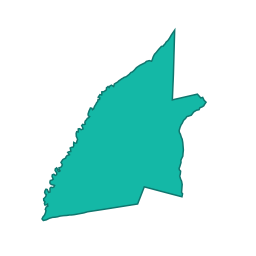 the district of Igarapé-Açu, Pará, Brazil, rotated 188°
{"feature_id": "56859067B39490395816756", "entity_name": "Igarapé-Açu", "entity_type": "district", "adm_level": 2, "iso_a3": "BRA", "parent_name": "Brazil", "parent_adm1": "Pará", "projection": "natural_earth1", "projection_center": [-47.522, -1.175], "detail": "fine", "context": "isolated", "style": "filled", "palette": "teal", "viewbox_px": 256, "rotation_deg": 188, "n_neighbors": 0, "source": "geoboundaries", "source_scale": "gbopen_adm2", "svg_char_len": 2823}
<svg xmlns="http://www.w3.org/2000/svg" viewBox="0 0 256 256"><g transform="rotate(188 128 128)"><path d="M200.5,26.0L199.0,24.6L196.1,25.7L193.4,27.6L190.3,29.0L187.9,29.5L185.3,30.3L183.4,31.2L181.3,31.8L179.4,32.3L176.4,32.9L173.8,33.7L171.9,34.0L168.9,34.8L159.9,37.8L156.4,39.4L142.0,43.7L129.5,47.5L107.9,54.1L103.7,72.0L82.1,69.4L65.0,67.4L64.8,70.5L66.0,71.6L66.5,79.7L67.6,82.9L68.7,84.5L70.1,87.6L69.8,89.7L69.9,92.6L71.3,93.7L71.8,95.2L71.4,96.6L70.7,101.1L71.1,103.6L70.4,106.0L69.8,107.7L70.0,110.8L70.1,113.9L71.7,121.1L72.8,124.5L73.9,126.2L75.3,129.2L76.4,130.6L77.0,132.5L76.6,135.7L75.9,138.4L74.9,140.5L74.3,142.6L73.6,144.0L72.4,145.3L71.4,147.4L67.1,149.5L65.2,153.0L62.7,155.1L60.2,156.0L59.6,158.1L57.6,159.2L56.1,160.5L55.5,162.0L54.3,164.4L56.5,166.0L58.3,168.7L60.1,167.9L64.0,171.2L84.7,163.3L88.0,162.0L89.0,172.2L90.2,184.5L90.5,187.5L92.7,207.1L95.4,231.4L96.7,228.8L98.1,225.9L99.3,222.8L100.7,220.1L102.2,218.4L102.9,216.6L103.8,215.5L104.4,214.1L106.3,213.4L108.3,210.5L109.4,208.7L110.5,206.8L112.0,204.7L112.9,202.1L113.5,198.9L114.0,197.4L116.3,197.7L119.1,196.5L120.3,194.9L121.8,193.9L125.0,191.7L128.0,189.0L129.9,186.0L131.5,184.1L132.8,183.4L134.3,181.2L137.1,178.4L138.9,177.6L140.1,176.5L141.2,175.7L142.2,174.7L143.6,173.5L144.7,172.0L145.8,171.2L147.6,169.7L148.0,167.1L150.4,168.1L151.7,167.1L152.4,165.4L153.5,166.3L154.9,164.8L154.7,162.8L156.8,160.7L159.0,160.1L158.7,158.7L158.7,157.1L160.4,157.2L161.8,154.4L160.1,153.9L160.2,152.3L161.6,152.1L161.7,150.0L162.6,148.7L163.2,146.8L163.9,145.3L164.4,143.9L164.7,142.2L165.7,141.2L166.5,142.5L168.0,142.6L168.4,141.1L168.9,139.6L169.5,136.2L169.0,134.6L167.6,134.0L168.4,132.7L169.6,131.9L170.3,130.3L171.3,129.0L171.5,127.5L170.9,126.0L172.1,125.2L173.4,125.3L174.2,123.9L173.0,122.3L172.4,120.8L174.2,119.8L175.8,120.6L177.1,120.2L176.8,117.2L178.3,117.2L178.6,115.5L178.0,112.4L177.1,111.2L176.3,109.6L176.8,107.7L176.8,106.1L178.2,105.6L179.7,106.2L179.6,104.5L179.2,102.9L179.9,101.2L181.3,101.0L182.5,100.1L181.7,98.2L181.4,96.8L182.9,96.4L184.3,95.5L182.3,93.4L184.5,92.2L185.3,91.0L185.6,89.4L186.8,88.7L188.2,87.6L189.6,84.6L188.7,83.6L187.9,82.4L188.5,80.4L189.5,79.5L190.8,79.0L190.5,77.5L189.3,76.1L190.3,75.2L191.5,76.0L192.1,77.5L193.1,78.6L194.3,77.4L194.3,75.8L192.3,73.6L192.2,71.9L193.5,70.9L195.0,71.9L196.4,71.1L196.5,69.6L195.8,68.3L194.9,66.9L196.3,65.7L197.6,65.2L197.8,63.5L197.3,62.1L196.0,61.4L194.3,61.2L192.7,60.9L193.1,59.4L194.3,58.5L195.9,58.6L196.8,57.5L196.4,53.7L197.6,53.1L199.4,55.8L200.7,56.0L201.4,54.4L201.6,52.7L200.8,51.3L199.6,50.6L200.0,48.5L200.8,47.3L201.7,46.2L201.3,44.4L200.0,43.4L200.3,41.8L199.6,40.2L198.2,40.5L197.1,41.5L196.5,39.4L198.0,38.3L198.6,35.9L197.7,34.7L198.0,32.1L198.7,29.8L199.7,28.4L200.5,26.0Z" fill="#14b8a6" stroke="#0f766e" stroke-width="1.5"/></g></svg>